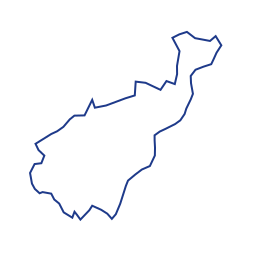 outline of Alayköy, Cyprus, rotated 83°
{"feature_id": "46923920B56157666761112", "entity_name": "Alayköy", "entity_type": "district", "adm_level": 2, "iso_a3": "CYP", "parent_name": "Cyprus", "parent_adm1": "", "projection": "equal_earth", "projection_center": [33.249, 35.201], "detail": "fine", "context": "isolated", "style": "outline", "palette": "blue", "viewbox_px": 256, "rotation_deg": 83, "n_neighbors": 0, "source": "geoboundaries", "source_scale": "gbopen_adm2", "svg_char_len": 1056}
<svg xmlns="http://www.w3.org/2000/svg" viewBox="0 0 256 256"><g transform="rotate(83 128 128)"><path d="M43.9,72.9L58.0,67.5L72.4,71.8L80.5,72.7L90.1,76.2L86.1,84.1L94.1,91.1L85.3,105.0L82.9,114.7L96.5,117.3L98.2,126.9L103.0,147.0L103.8,158.4L95.7,160.1L110.2,169.6L109.2,179.7L112.3,184.7L119.0,192.0L122.6,198.7L124.6,204.9L128.8,213.9L132.4,221.7L139.0,219.5L145.2,214.4L152.4,218.3L152.4,225.1L160.7,230.7L171.5,230.1L177.1,227.9L182.0,223.7L181.2,220.6L183.8,212.2L190.0,209.9L194.6,205.5L203.9,202.1L210.2,194.2L204.6,191.3L208.0,189.2L213.1,186.4L204.9,176.4L200.8,173.0L205.9,164.6L210.5,159.0L216.2,155.1L212.1,150.6L202.3,145.0L192.5,140.5L185.3,137.2L180.2,134.4L175.1,126.5L170.9,119.3L168.4,110.9L158.6,104.7L150.9,103.6L143.7,103.1L138.5,102.5L135.4,96.9L133.4,90.8L129.8,80.7L126.7,75.1L121.0,70.1L115.9,67.8L107.2,62.2L102.0,59.4L91.2,60.0L84.0,59.4L78.4,53.9L76.3,45.5L74.8,37.6L69.6,34.3L64.0,30.9L57.3,25.3L47.5,29.8L51.6,36.0L49.1,43.8L47.0,50.5L39.8,57.8L41.3,65.6L43.9,72.9Z" fill="none" stroke="#1e3a8a" stroke-width="2"/></g></svg>